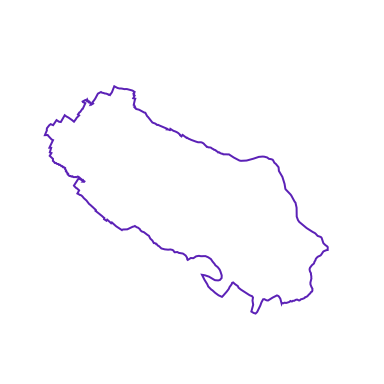 the district of Recea, Brasov, Romania, rotated 305°
{"feature_id": "2599482B10221924688269", "entity_name": "Recea", "entity_type": "district", "adm_level": 2, "iso_a3": "ROU", "parent_name": "Romania", "parent_adm1": "Brasov", "projection": "equal_earth", "projection_center": [24.936, 45.69], "detail": "fine", "context": "isolated", "style": "outline", "palette": "violet", "viewbox_px": 384, "rotation_deg": 305, "n_neighbors": 0, "source": "geoboundaries", "source_scale": "gbopen_adm2", "svg_char_len": 5927}
<svg xmlns="http://www.w3.org/2000/svg" viewBox="0 0 384 384"><g transform="rotate(305 192 192)"><path d="M222.3,336.4L224.7,334.8L225.0,333.9L225.0,331.8L225.4,329.1L226.0,328.2L228.4,325.0L228.9,324.2L229.0,323.2L228.1,320.1L228.8,316.9L228.8,315.9L228.5,313.8L228.2,306.6L229.0,297.0L229.8,294.9L231.9,291.9L239.1,286.7L242.6,282.9L243.0,281.5L246.1,275.3L246.5,274.1L247.9,267.1L248.3,266.5L251.7,263.2L256.2,257.4L259.1,251.1L261.6,249.0L262.0,248.5L263.1,244.5L263.2,242.7L264.4,240.4L264.7,239.5L264.2,237.8L263.3,236.0L263.4,233.8L262.4,231.0L261.6,229.6L259.1,226.6L254.5,223.2L249.1,218.7L245.6,214.2L245.0,212.8L244.2,206.5L244.0,200.7L240.8,196.0L240.8,195.6L240.9,195.2L240.3,194.1L240.1,193.0L239.9,191.8L240.1,191.6L239.4,190.6L239.7,190.1L239.5,188.5L239.7,187.7L239.7,187.0L239.5,186.6L239.2,185.5L239.4,185.1L239.1,183.9L239.2,182.3L238.9,181.3L237.9,179.7L237.9,178.8L237.4,178.2L237.7,177.4L238.1,174.8L238.3,174.2L238.4,173.4L238.2,171.7L237.9,170.9L236.2,168.4L235.5,166.2L234.2,161.3L234.0,160.0L233.7,158.9L233.6,156.6L233.2,156.5L233.4,151.6L231.5,151.5L231.6,149.8L232.0,149.7L232.4,146.9L232.3,145.3L232.0,143.6L231.5,141.8L231.4,140.7L231.3,138.1L230.1,138.5L229.9,138.2L229.9,137.7L229.5,136.6L228.8,135.4L229.5,135.2L227.8,127.2L227.6,125.8L226.9,125.0L227.0,124.2L226.9,123.8L227.0,123.6L227.0,122.8L226.2,119.7L228.3,112.7L228.3,112.2L228.6,111.3L230.1,108.4L230.1,108.1L229.7,107.3L229.2,102.8L229.0,101.3L228.0,98.7L228.0,98.3L228.4,96.5L228.8,96.9L229.1,96.4L229.6,95.5L230.0,94.9L229.9,94.3L234.5,92.4L235.9,92.0L235.1,90.1L238.0,89.7L237.9,88.7L238.1,88.4L239.1,88.4L239.2,87.6L241.0,87.6L241.0,85.7L240.8,84.6L239.0,79.7L238.6,79.1L237.5,77.6L236.6,75.5L236.0,74.3L235.4,73.6L235.0,72.7L234.5,71.3L234.0,67.7L227.8,69.2L224.5,69.2L224.6,68.6L224.4,68.4L223.9,68.3L223.7,67.8L223.9,67.2L223.6,66.1L223.4,65.5L223.4,65.3L223.1,64.7L222.8,64.3L222.5,63.5L222.5,63.1L221.7,61.2L221.7,60.8L221.7,60.1L218.6,58.5L212.9,59.2L210.7,59.2L208.3,59.0L207.8,60.3L206.0,59.5L206.4,59.2L205.7,58.8L206.2,58.7L206.4,57.9L206.7,57.5L206.5,56.6L207.2,56.3L207.2,55.7L206.3,55.6L206.5,54.9L206.4,54.3L207.0,54.2L207.7,53.0L206.2,53.1L206.2,51.9L203.4,50.5L203.1,51.1L203.6,53.7L197.5,54.8L197.2,54.5L193.4,54.5L192.6,54.1L190.1,54.1L190.0,55.6L186.7,55.0L184.9,55.1L181.9,55.0L182.1,52.4L182.1,48.1L181.8,45.5L181.9,43.7L174.1,44.4L173.3,42.9L173.2,39.8L167.1,39.9L166.5,37.3L165.1,36.9L164.9,36.8L161.0,36.6L159.7,37.3L159.2,37.8L157.2,38.2L154.2,38.9L155.9,41.1L155.9,41.3L155.6,41.9L154.5,46.9L154.8,48.4L146.5,49.8L147.4,51.3L142.9,52.8L143.3,54.5L140.0,54.7L139.4,59.1L137.7,60.2L137.6,61.6L137.4,62.0L137.4,62.4L137.1,62.9L137.4,63.4L137.5,63.8L137.8,64.1L137.8,64.3L137.6,64.9L137.6,65.4L138.3,66.6L138.2,67.0L137.9,67.4L138.0,67.6L138.3,67.8L138.5,68.1L138.4,68.5L138.5,68.8L138.5,69.1L138.4,69.4L138.4,69.8L138.2,70.2L138.3,70.4L138.8,70.9L138.8,71.1L138.5,72.1L138.3,72.2L138.3,72.4L138.8,72.7L138.9,74.2L138.6,74.3L137.9,75.0L138.0,75.4L137.6,75.8L137.4,76.6L136.7,76.8L136.7,77.4L136.5,78.1L136.4,78.2L136.1,78.2L136.0,78.4L136.1,79.3L135.8,80.3L135.5,80.4L135.1,80.3L134.8,82.4L135.3,83.0L135.5,83.4L135.4,84.1L135.4,84.3L135.9,84.6L136.3,85.0L136.3,85.4L136.1,85.6L136.1,86.0L136.4,86.7L137.5,88.0L137.7,88.7L139.1,89.5L139.3,90.2L139.3,91.4L139.1,92.7L139.0,95.2L138.8,95.5L138.9,96.0L138.9,96.4L138.6,96.9L139.0,97.4L139.0,97.8L138.5,97.8L137.9,96.8L138.3,96.9L138.5,96.7L138.2,96.7L138.4,95.4L138.4,94.9L138.4,94.7L138.4,93.7L138.0,91.3L129.5,91.6L129.2,92.6L128.8,95.2L129.0,95.6L128.6,98.6L125.0,99.0L125.2,100.5L125.3,102.0L125.6,102.5L125.7,103.6L125.5,104.9L124.9,107.0L124.5,110.4L123.2,114.5L123.1,116.2L122.1,123.6L122.0,123.8L121.2,123.8L120.7,132.2L120.5,133.5L120.4,135.1L119.3,135.5L119.4,138.4L120.7,138.4L120.3,141.9L120.0,143.7L121.1,143.8L120.4,149.6L120.6,156.4L120.9,156.4L121.8,157.1L124.3,160.4L129.6,163.4L130.7,164.4L131.4,164.7L131.4,166.8L131.8,168.1L131.7,170.4L131.0,172.0L130.9,173.6L131.5,175.6L131.3,180.3L131.4,181.8L129.9,184.6L129.5,187.4L128.3,189.9L128.6,190.1L128.7,190.8L129.1,192.0L128.7,192.6L129.0,193.1L128.5,194.8L128.7,196.0L128.2,199.3L129.4,202.6L131.1,205.6L132.5,207.2L133.3,209.1L133.4,210.3L132.8,211.7L132.7,212.4L134.4,214.4L134.6,216.2L136.3,219.7L136.4,220.5L136.3,223.3L135.4,225.5L134.0,226.9L133.9,227.5L137.3,228.9L138.0,230.2L138.6,231.1L141.7,232.3L143.7,234.3L144.5,236.1L147.2,239.8L147.8,242.6L147.9,245.9L146.8,248.8L146.0,251.8L145.4,253.1L145.2,256.2L144.3,259.1L143.2,260.9L140.7,264.2L138.5,265.6L135.9,265.3L134.6,264.2L133.0,261.5L132.8,260.2L132.4,254.5L131.2,250.4L129.9,247.7L127.3,252.5L125.2,257.4L123.9,259.5L123.1,263.9L123.2,265.0L122.7,268.8L122.6,273.0L123.3,276.7L125.0,277.0L130.4,277.6L133.8,277.7L135.7,277.3L139.1,277.4L140.6,277.0L141.5,277.6L141.2,280.1L141.2,283.5L140.3,285.0L140.1,288.0L140.5,298.4L141.1,301.1L140.5,302.5L137.8,303.8L134.7,306.8L128.1,309.2L128.3,311.9L128.9,313.8L131.1,314.2L138.1,313.1L141.4,312.2L144.9,311.8L145.7,312.7L146.0,315.1L146.7,316.5L151.7,318.6L156.0,320.9L156.3,322.1L156.3,322.9L155.3,325.5L152.0,329.4L152.4,329.3L152.8,329.5L153.0,330.2L153.3,330.7L154.1,331.1L154.5,331.4L155.0,332.6L155.5,333.1L157.5,334.6L158.1,334.9L159.2,335.1L159.3,335.2L159.3,336.0L159.7,336.7L160.8,337.1L161.5,338.1L163.1,338.8L163.8,339.4L164.2,339.9L164.5,341.8L164.8,342.2L165.1,342.4L166.5,342.7L167.9,343.9L168.9,344.5L169.6,345.0L170.6,345.0L172.0,346.0L173.4,346.4L174.7,346.5L177.0,347.0L177.9,346.8L179.4,347.4L180.4,347.1L181.2,346.5L181.8,346.2L182.7,344.4L183.6,343.0L184.3,342.0L184.7,341.7L185.8,340.9L189.7,339.4L190.2,338.9L191.5,338.0L192.6,336.8L193.7,336.0L194.6,334.2L195.8,332.9L196.4,332.5L197.6,332.1L200.6,332.2L201.7,332.4L202.7,332.8L203.8,332.8L205.2,332.3L206.7,332.3L208.2,331.8L209.9,331.9L211.4,332.3L213.4,333.5L213.9,333.7L214.7,333.8L218.5,333.7L219.2,334.0L221.1,335.2L221.9,335.9L222.3,336.4Z" fill="none" stroke="#5b21b6" stroke-width="2"/></g></svg>